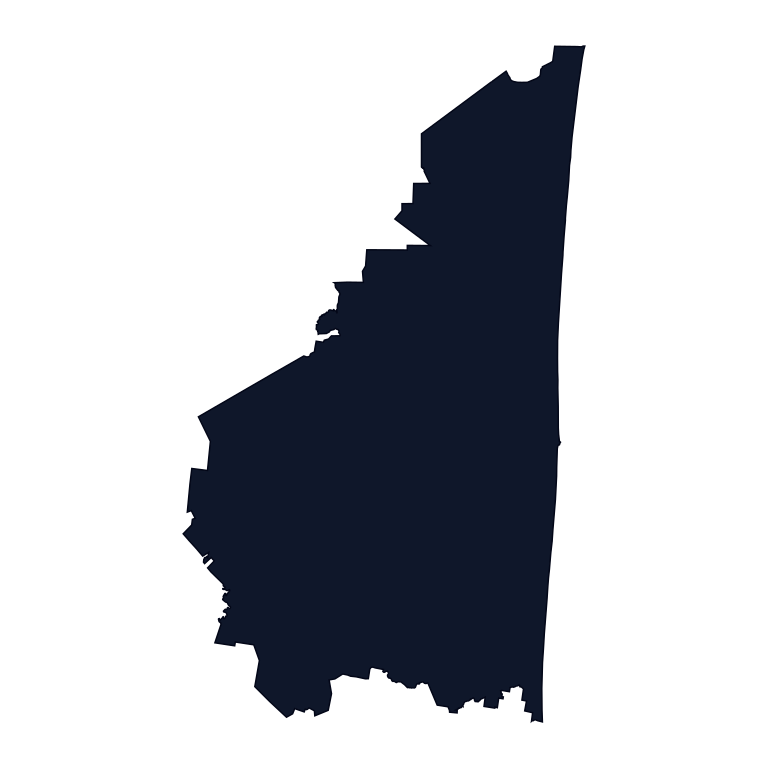 the district of Soto la Marina, Tamaulipas, Mexico
{"feature_id": "50627088B15970916420519", "entity_name": "Soto la Marina", "entity_type": "district", "adm_level": 2, "iso_a3": "MEX", "parent_name": "Mexico", "parent_adm1": "Tamaulipas", "projection": "robinson", "projection_center": [-98.042, 23.876], "detail": "fine", "context": "isolated", "style": "filled", "palette": "ink", "viewbox_px": 768, "rotation_deg": 0, "n_neighbors": 0, "source": "geoboundaries", "source_scale": "gbopen_adm2", "svg_char_len": 6080}
<svg xmlns="http://www.w3.org/2000/svg" viewBox="0 0 768 768"><path d="M328.2,710.3L331.5,693.7L329.1,679.9L334.9,678.9L342.7,674.0L347.6,675.0L350.6,676.2L356.2,676.8L365.4,678.8L368.3,678.7L369.8,669.0L371.2,667.3L372.8,667.1L375.3,667.9L383.5,669.5L382.9,671.5L383.7,672.2L384.1,672.3L384.8,672.1L385.9,671.4L387.0,671.1L387.4,671.2L387.9,671.7L388.5,673.3L388.5,673.7L387.5,675.1L387.6,676.2L387.9,677.0L388.8,678.0L390.1,678.2L391.2,678.8L391.9,680.7L392.4,681.1L392.9,681.4L394.2,681.2L396.0,682.4L396.5,682.5L396.9,682.4L397.3,681.8L397.7,681.7L399.1,681.8L399.1,681.5L401.4,682.1L402.2,682.9L404.5,684.6L407.4,687.6L408.1,687.2L408.5,687.5L409.2,687.8L410.1,687.6L411.3,688.0L412.7,687.8L414.6,687.9L415.4,687.2L416.2,685.0L417.0,684.0L417.4,683.7L418.8,684.0L419.3,683.9L419.6,683.6L419.3,682.8L419.5,682.7L422.8,681.9L423.4,682.2L424.4,683.2L425.4,683.5L426.6,683.4L427.8,682.8L437.2,705.1L448.0,706.8L449.3,709.9L449.5,710.7L449.6,712.2L457.1,712.9L457.2,710.3L455.7,710.1L458.1,709.0L458.3,708.8L458.5,708.1L459.7,708.2L460.2,707.6L461.4,707.5L461.7,707.2L462.1,706.0L462.6,705.7L463.0,706.1L462.9,705.2L463.2,704.6L463.5,704.4L463.6,703.7L464.6,701.8L466.2,701.4L466.9,700.9L467.6,701.0L468.4,700.9L469.3,700.4L470.3,699.2L470.5,699.1L470.8,699.5L471.3,699.0L473.1,698.0L474.1,698.4L474.4,699.3L474.5,700.2L475.1,701.5L476.1,701.6L476.9,701.0L477.2,701.7L478.3,701.7L478.9,701.0L479.6,700.6L480.7,699.2L485.2,697.2L484.0,706.4L494.8,708.1L494.9,707.0L497.3,707.7L498.7,698.1L503.0,698.8L503.3,696.9L501.8,696.6L502.2,694.0L501.0,693.7L501.2,692.2L500.8,692.2L500.6,690.8L501.7,690.4L509.4,691.7L510.0,687.6L510.9,687.4L511.6,686.9L513.8,687.2L514.7,686.7L515.3,686.6L516.5,685.9L517.8,685.8L518.4,685.3L519.3,685.0L519.6,685.4L519.7,686.2L520.0,686.5L520.1,686.9L521.2,686.8L523.5,688.9L521.9,700.1L526.5,701.0L524.7,710.9L532.6,712.7L531.5,721.2L532.0,720.7L533.0,720.8L534.7,719.8L535.2,719.7L537.7,720.7L542.4,721.9L542.0,710.1L541.8,688.5L542.5,662.6L543.4,649.2L544.3,633.9L547.0,599.4L547.8,586.8L548.5,577.7L549.4,569.5L550.8,552.8L552.1,541.4L552.9,529.7L555.4,499.8L556.6,476.0L556.7,467.3L557.3,448.6L557.8,446.1L558.5,444.9L559.3,444.9L559.5,444.7L559.3,444.4L560.5,442.2L559.4,441.2L558.6,434.4L558.3,428.1L558.2,406.6L557.8,387.9L557.9,380.0L557.6,371.6L557.5,358.0L557.6,340.3L558.4,322.8L561.5,273.6L562.9,255.4L563.0,251.8L564.1,235.7L565.4,220.4L565.4,218.2L566.4,205.1L567.3,196.3L568.7,180.6L569.5,165.3L570.6,157.4L570.9,150.4L572.1,136.5L578.2,86.2L580.6,70.1L582.1,58.8L583.8,49.6L584.8,46.1L583.1,46.1L581.5,46.8L580.3,46.8L577.0,46.6L554.7,46.3L552.8,60.9L552.4,61.6L550.4,62.8L542.5,66.7L542.3,67.0L542.4,67.6L542.2,68.1L541.1,69.0L540.8,69.7L540.4,74.5L540.2,75.3L539.6,76.4L536.6,78.5L527.5,82.3L521.8,82.4L517.5,82.3L513.9,81.6L512.2,81.0L511.1,80.2L510.4,79.5L509.7,77.4L509.0,76.7L508.4,75.5L508.0,75.2L507.3,73.3L506.1,71.2L493.6,80.4L492.8,80.9L492.1,81.7L491.0,82.2L421.5,133.8L421.5,167.0L421.7,167.3L422.0,167.4L422.6,168.2L423.5,167.7L423.7,167.8L423.6,168.5L424.0,169.1L423.9,169.7L424.6,170.3L424.2,171.3L430.0,183.4L413.7,183.5L413.0,203.6L402.0,203.7L402.0,210.8L394.9,219.0L430.4,245.6L407.3,245.4L407.3,250.0L366.8,249.8L365.6,266.0L362.5,271.3L363.4,282.4L347.5,282.2L334.2,282.7L334.8,283.1L335.3,283.8L335.2,285.4L335.6,287.5L337.9,290.5L338.5,290.5L338.8,290.7L339.0,291.0L338.9,291.8L340.1,293.8L338.9,296.9L338.5,302.6L337.5,304.7L337.3,305.9L337.4,309.0L336.7,309.8L337.1,312.7L336.9,312.8L336.1,311.2L334.6,310.5L333.8,309.6L333.6,309.6L333.4,310.7L330.0,309.9L329.2,310.1L328.6,310.8L328.5,311.4L327.9,312.3L327.2,312.5L326.7,312.3L326.4,312.8L324.7,314.0L324.5,314.8L323.8,314.3L323.6,314.6L322.1,315.0L321.7,315.3L322.1,316.1L321.8,316.5L321.5,316.6L321.2,316.3L320.2,316.6L319.5,317.6L319.3,318.2L319.8,319.2L319.7,319.5L318.4,320.2L318.0,321.1L317.3,321.8L317.4,322.2L318.2,322.8L318.3,323.5L317.9,324.5L316.5,324.7L316.4,326.0L316.5,326.6L316.2,329.0L316.5,329.7L317.3,329.9L317.9,330.4L317.7,331.5L318.0,331.7L318.2,333.8L318.3,333.7L318.6,334.0L318.7,333.8L326.3,333.5L329.2,332.0L330.3,330.4L333.9,329.5L334.9,328.7L335.5,328.5L336.7,329.2L338.3,329.6L338.4,330.1L339.0,330.6L339.1,331.0L338.7,332.5L340.1,334.5L340.2,335.3L340.1,335.6L339.5,335.9L339.1,335.8L331.4,335.9L328.6,339.0L324.3,340.2L323.4,342.3L316.2,341.2L314.9,348.4L314.4,352.1L313.3,352.4L310.9,353.6L310.2,354.6L310.1,355.5L309.6,356.2L308.7,356.7L306.8,357.0L303.8,356.0L271.3,374.6L198.4,416.8L210.4,441.3L207.5,470.5L191.8,468.5L190.0,483.6L187.3,512.1L191.3,510.6L195.2,518.3L192.4,519.3L191.7,525.0L183.2,533.8L189.1,540.6L196.9,549.2L202.7,556.1L208.7,552.3L207.7,558.0L207.4,557.8L207.4,556.7L207.1,556.4L206.8,556.5L206.2,557.4L205.0,557.4L204.6,557.8L204.3,558.2L204.2,559.2L203.8,559.4L203.5,562.2L204.6,563.6L211.2,557.5L212.8,559.3L214.3,560.9L207.6,567.9L211.1,572.1L223.5,584.2L223.3,584.5L223.2,585.0L223.4,586.0L224.5,586.6L225.1,587.4L225.0,587.8L224.7,588.2L222.8,588.6L222.8,589.1L223.3,589.4L224.8,589.4L225.5,589.6L226.5,590.4L227.4,590.6L228.0,590.4L228.7,589.7L229.4,589.6L229.6,589.9L229.7,590.6L229.6,591.0L227.0,594.1L226.5,595.5L226.0,595.5L225.5,595.2L225.5,593.5L225.2,593.4L224.9,593.5L223.6,595.6L223.2,596.7L223.5,597.6L223.4,598.5L222.8,598.9L222.7,599.6L223.3,600.2L225.5,602.0L226.8,602.4L227.4,602.8L228.2,604.7L229.1,605.8L230.3,606.6L230.5,607.3L230.2,608.1L229.8,608.6L229.3,608.7L228.7,608.3L228.3,607.6L227.8,607.5L227.4,607.9L227.3,608.9L226.8,609.4L225.9,609.2L225.1,609.4L223.5,611.1L223.6,611.7L224.1,612.1L225.0,612.1L225.9,612.5L226.3,612.9L226.5,613.7L227.1,614.9L226.9,615.9L226.6,616.1L225.8,616.2L225.2,617.7L224.5,618.6L224.1,618.8L223.7,618.6L223.4,618.3L223.5,616.9L223.2,616.7L222.7,617.1L222.5,617.7L220.4,619.9L219.9,619.8L219.3,618.6L218.6,618.8L218.5,619.4L219.1,621.6L220.8,623.0L221.0,624.5L214.9,642.8L234.7,645.8L235.3,642.0L253.8,644.8L259.4,660.5L254.8,686.6L269.8,701.6L286.5,717.2L292.6,713.8L294.7,708.6L304.2,711.9L305.2,709.2L306.5,709.6L307.6,709.2L308.6,708.1L309.3,708.0L314.4,710.8L314.8,715.8L328.2,710.3Z" fill="#0f172a" stroke="#020617" stroke-width="1.5"/></svg>